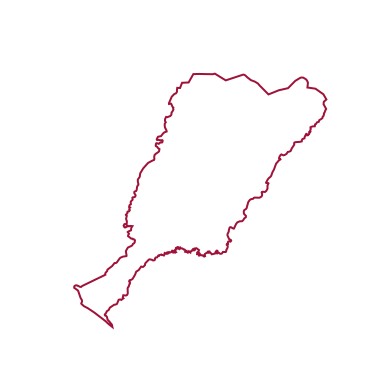 La Masica, Atlántida, Honduras, rotated 213°
{"feature_id": "27666195B29134923600773", "entity_name": "La Masica", "entity_type": "district", "adm_level": 2, "iso_a3": "HND", "parent_name": "Honduras", "parent_adm1": "Atlántida", "projection": "natural_earth1", "projection_center": [-87.15, 15.604], "detail": "fine", "context": "isolated", "style": "outline", "palette": "rose", "viewbox_px": 384, "rotation_deg": 213, "n_neighbors": 0, "source": "geoboundaries", "source_scale": "gbopen_adm2", "svg_char_len": 6094}
<svg xmlns="http://www.w3.org/2000/svg" viewBox="0 0 384 384"><g transform="rotate(213 192 192)"><path d="M129.7,342.8L135.0,345.5L144.7,345.9L152.1,342.5L154.3,346.8L156.2,348.1L157.8,348.6L161.0,348.5L162.5,347.7L163.4,346.7L165.9,341.5L168.0,331.4L174.6,324.6L181.0,315.5L193.5,318.2L195.7,318.9L199.4,318.8L203.5,317.9L208.1,318.3L210.8,318.8L212.3,318.7L213.1,318.2L224.5,304.0L237.3,303.7L238.7,302.1L250.3,294.9L255.1,291.6L254.5,282.0L259.8,278.2L258.7,272.7L261.1,271.3L260.4,269.8L259.3,268.0L259.1,267.2L259.2,266.0L260.2,264.5L260.9,260.9L259.7,253.9L259.2,253.3L257.9,254.6L257.4,254.6L254.7,252.8L253.6,252.6L253.5,252.0L252.5,251.0L252.3,249.3L252.4,247.5L251.4,245.5L251.4,244.9L251.7,243.7L253.5,241.3L254.6,240.9L254.3,238.5L253.4,236.9L252.0,236.2L252.0,234.3L250.9,232.6L249.8,231.4L246.9,229.7L246.2,228.9L247.6,227.1L248.1,225.6L248.4,222.0L250.6,219.8L250.3,217.0L249.6,216.6L248.6,217.4L246.2,218.4L245.2,219.3L244.7,219.2L244.1,218.1L244.1,217.3L245.7,216.0L246.1,214.3L248.1,213.8L248.5,213.4L248.5,212.9L247.7,211.1L247.3,210.8L245.7,210.9L244.2,210.3L242.7,210.3L241.8,208.2L241.9,207.4L243.3,204.0L243.5,202.5L242.7,200.6L241.5,199.2L241.3,198.2L242.3,196.8L244.7,192.4L245.8,185.2L245.6,179.7L245.4,179.0L244.1,176.3L244.2,173.4L244.1,172.7L243.0,171.1L241.4,169.6L240.9,168.8L241.1,167.9L240.8,166.2L239.6,163.8L239.4,162.4L240.4,161.1L240.4,160.5L239.6,159.5L237.7,158.7L237.2,157.9L237.3,156.6L238.7,155.3L238.9,154.8L237.6,153.2L238.1,150.8L237.9,150.1L236.6,148.5L237.2,147.2L236.9,145.9L236.6,145.2L235.6,145.3L235.8,144.5L235.2,143.8L235.1,143.1L234.3,142.9L234.2,141.6L235.3,140.5L235.2,139.8L234.6,138.9L235.1,136.9L234.9,136.7L233.7,136.5L232.7,133.6L230.7,132.0L229.5,129.9L229.7,129.1L230.7,128.7L231.2,128.1L231.0,126.5L229.6,125.7L228.9,125.7L228.2,126.5L228.3,127.5L228.0,128.5L227.0,128.2L226.5,129.1L225.8,129.2L225.2,130.0L223.4,130.9L223.4,128.9L222.3,126.6L223.9,124.2L224.1,123.4L222.1,122.7L222.0,121.0L221.7,120.2L217.5,119.8L216.4,120.5L215.6,120.2L215.0,120.7L214.3,120.7L213.5,120.4L212.6,118.4L212.7,117.4L213.3,116.2L213.1,115.5L213.2,114.2L215.5,110.5L215.4,107.8L215.2,106.3L212.3,103.1L212.1,102.5L214.7,100.2L216.2,98.0L216.5,96.7L216.7,92.0L217.1,91.0L218.3,90.2L218.6,86.5L220.6,80.9L220.1,79.4L220.5,77.2L220.1,75.8L219.6,75.4L232.9,53.4L233.3,52.0L234.2,51.5L237.8,51.0L238.9,50.1L239.3,49.1L239.2,48.4L238.6,47.5L234.3,47.3L233.5,47.0L227.8,42.5L225.5,41.4L224.5,40.2L224.2,38.2L223.7,37.9L220.5,37.4L216.1,37.8L208.2,37.7L194.3,36.6L189.7,35.8L185.2,35.4L186.9,37.1L191.3,38.5L193.2,38.9L195.3,40.9L196.4,41.3L197.7,41.1L197.8,41.7L198.4,41.9L198.2,43.9L198.5,45.5L197.6,47.7L197.9,50.2L195.9,55.0L194.6,56.2L194.0,57.3L194.8,61.7L193.7,62.8L192.5,63.0L191.6,65.5L192.6,65.7L193.4,68.0L191.0,69.2L190.4,70.3L190.4,71.0L190.8,72.2L193.5,76.1L193.8,77.3L193.5,78.1L194.1,79.9L194.2,81.4L194.7,81.6L194.9,82.7L196.0,82.8L196.3,83.7L196.1,84.3L195.1,85.3L194.5,86.7L194.7,91.5L195.4,94.8L194.2,97.5L194.0,101.8L192.3,102.4L192.0,103.1L191.6,105.1L192.2,106.2L192.3,107.1L191.4,111.7L190.8,112.5L188.8,113.3L187.6,113.3L186.3,114.3L186.3,115.2L186.8,116.0L186.8,117.2L185.7,118.1L185.7,119.5L185.2,120.0L185.6,120.2L185.6,120.6L183.6,122.9L182.9,122.7L182.3,123.2L181.0,123.4L181.0,124.8L181.6,125.4L181.7,126.0L180.5,126.2L180.2,127.1L179.7,126.3L179.4,126.4L178.6,127.4L178.8,128.7L178.6,129.2L178.3,129.2L178.1,128.5L176.7,130.3L176.7,132.0L176.0,132.2L175.8,132.0L176.1,131.2L174.8,130.9L174.2,131.7L173.1,131.9L172.7,132.7L173.7,132.7L173.7,133.5L174.6,133.4L174.8,133.9L174.4,135.4L175.0,136.3L174.1,137.9L173.8,137.8L173.9,136.8L173.6,136.6L173.1,137.9L172.5,137.1L171.6,137.2L171.8,138.4L171.6,138.9L170.8,138.3L169.8,139.3L168.5,139.4L167.7,139.2L167.0,139.7L165.8,139.5L165.4,138.5L164.8,139.2L164.5,138.4L164.0,138.5L163.2,139.7L162.3,139.0L161.8,139.8L162.0,140.6L160.4,140.4L160.8,141.5L160.2,142.1L160.2,143.0L159.5,143.5L160.1,144.2L160.0,144.9L159.5,145.5L158.6,144.5L158.2,144.5L158.0,145.2L158.4,146.6L157.6,147.3L154.5,147.1L154.2,145.9L154.7,144.1L154.1,143.6L154.1,142.9L153.9,142.6L153.4,142.9L153.4,144.5L153.0,144.8L152.2,144.6L152.1,144.1L152.6,143.2L151.5,142.5L151.2,142.7L151.5,143.8L151.2,144.2L149.8,143.9L148.3,144.9L147.4,144.4L146.6,144.5L146.1,145.3L147.0,146.1L147.4,147.1L146.5,149.2L146.1,150.9L145.0,151.6L144.8,151.4L144.7,150.3L143.5,151.2L141.5,150.5L139.2,152.9L139.6,154.8L139.4,156.2L138.9,156.5L138.5,156.4L138.0,154.2L137.5,154.1L136.7,155.7L135.0,155.5L134.1,155.9L133.4,156.9L133.4,158.6L131.3,159.8L131.0,160.2L131.0,160.8L131.7,162.3L131.7,163.9L132.2,165.6L132.9,166.4L134.1,166.6L134.4,167.1L134.4,167.4L133.5,168.1L134.6,169.4L134.6,170.2L134.2,170.7L132.7,171.3L132.6,172.5L133.2,172.9L135.4,172.8L138.7,175.0L139.3,176.1L139.6,178.7L140.4,180.3L141.0,182.5L140.8,183.3L140.1,183.7L137.4,183.8L136.9,184.2L137.6,189.0L137.5,191.1L136.1,193.3L134.1,194.8L133.7,196.3L133.8,198.4L133.1,200.1L133.7,201.3L136.7,202.1L138.1,204.1L138.3,205.2L137.5,207.2L137.4,208.1L139.3,214.1L139.2,216.9L138.4,218.4L137.1,219.5L137.0,220.6L136.5,221.4L132.5,223.8L132.0,224.4L131.3,226.0L131.3,227.1L132.2,228.7L133.3,229.5L133.4,230.0L133.0,230.6L130.8,231.8L130.3,233.3L130.5,235.9L132.2,238.5L132.6,240.9L133.2,240.9L134.6,240.0L135.0,240.3L135.3,243.8L135.1,245.6L134.5,247.3L134.4,248.7L135.3,252.4L135.5,255.5L136.9,261.5L136.4,265.6L135.6,267.5L136.0,267.8L137.1,267.5L137.5,267.8L137.9,269.8L137.8,271.4L137.5,272.2L135.4,272.5L134.5,273.4L133.5,275.4L133.5,277.7L132.4,278.8L131.6,280.1L132.1,282.9L132.0,287.3L133.0,288.7L133.0,289.3L132.2,290.3L129.2,292.5L127.5,294.2L128.1,295.4L128.2,296.5L126.9,298.3L127.5,299.6L127.9,302.7L127.8,303.0L127.2,303.1L126.2,302.3L125.6,302.9L125.7,303.7L125.3,304.2L125.5,304.9L126.3,305.9L125.5,306.4L125.6,307.3L126.3,307.5L126.7,309.6L127.5,310.1L127.9,310.9L126.7,312.6L124.8,314.0L125.6,315.7L125.1,316.5L125.1,318.5L123.9,319.9L124.4,321.5L123.2,324.0L122.9,325.1L123.4,326.3L123.2,327.6L123.6,329.0L124.2,329.8L124.1,330.8L124.6,332.9L124.7,334.7L129.5,337.3L130.6,339.5L129.7,342.8Z" fill="none" stroke="#9f1239" stroke-width="2"/></g></svg>